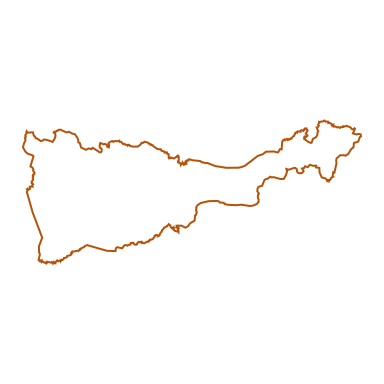 Bueng Sam Phan, Phetchabun, Thailand (Mercator projection)
{"feature_id": "78962969B41287674230376", "entity_name": "Bueng Sam Phan", "entity_type": "district", "adm_level": 2, "iso_a3": "THA", "parent_name": "Thailand", "parent_adm1": "Phetchabun", "projection": "mercator", "projection_center": [101.036, 15.826], "detail": "fine", "context": "isolated", "style": "outline", "palette": "amber", "viewbox_px": 384, "rotation_deg": 0, "n_neighbors": 0, "source": "geoboundaries", "source_scale": "gbopen_adm2", "svg_char_len": 5980}
<svg xmlns="http://www.w3.org/2000/svg" viewBox="0 0 384 384"><path d="M355.0,128.7L354.6,128.3L353.7,129.2L352.2,129.3L349.8,126.9L347.8,126.5L346.7,125.8L344.9,126.4L343.3,126.2L343.3,127.0L340.6,127.2L340.0,127.9L338.4,127.1L337.3,127.5L335.7,126.6L333.8,126.6L333.7,126.0L332.8,126.1L333.0,125.3L332.5,125.7L332.4,124.6L331.7,124.8L331.0,123.6L329.7,122.9L328.5,123.0L328.7,122.5L327.9,121.5L325.7,121.7L324.5,120.5L322.5,121.6L321.3,121.5L319.8,122.2L319.0,121.9L319.0,123.2L318.2,124.3L318.3,125.4L318.8,125.7L317.6,127.4L316.7,127.5L318.2,131.2L317.6,132.2L317.3,135.0L316.3,136.9L312.9,138.9L311.6,142.7L310.8,142.9L308.5,142.0L304.1,138.9L304.1,138.2L304.6,138.4L305.0,137.9L304.6,136.5L305.1,136.3L305.9,137.1L307.5,135.8L307.4,135.2L305.7,133.7L307.6,130.4L306.2,128.9L306.4,128.5L305.4,128.3L304.7,128.6L304.5,129.7L303.7,129.8L303.4,130.9L301.3,130.2L300.3,131.0L300.4,131.8L297.8,131.3L297.0,131.8L297.0,132.6L296.4,132.3L295.2,132.9L295.1,134.0L294.6,134.3L294.1,135.9L292.9,136.5L291.6,138.4L290.8,138.4L290.6,139.2L289.2,139.1L289.2,139.5L287.7,140.0L287.4,139.1L286.9,138.9L285.8,139.6L284.8,139.4L284.6,140.4L283.3,140.0L282.2,141.6L281.6,149.4L279.9,149.2L278.2,152.2L276.5,152.3L274.2,151.5L266.0,151.7L262.8,154.2L257.8,155.9L245.2,165.6L242.0,166.9L238.6,167.7L226.3,167.8L215.4,166.1L207.1,162.9L205.5,163.2L202.7,162.2L202.1,162.5L200.2,161.0L192.7,160.3L189.1,159.2L188.4,160.5L187.2,160.2L186.7,161.3L185.9,161.0L185.5,161.4L185.6,162.0L186.4,162.1L186.5,163.8L185.0,164.4L184.4,163.6L183.8,164.5L182.6,162.5L182.1,164.0L181.1,164.2L180.8,164.8L180.4,163.2L178.1,162.5L178.0,161.3L178.7,161.1L178.7,156.3L177.9,155.5L177.3,155.9L176.8,157.0L175.9,157.1L174.0,158.5L170.8,157.5L170.5,158.2L168.8,158.3L168.6,154.2L167.0,153.6L166.9,152.4L164.6,152.6L164.6,151.7L161.3,150.6L161.0,149.4L157.6,149.1L153.4,146.3L152.7,145.2L150.7,145.0L150.5,144.0L148.7,143.7L148.4,142.8L144.4,141.7L143.2,142.9L141.5,142.8L140.6,144.5L137.8,146.6L133.0,146.6L129.8,145.9L129.4,145.0L128.5,144.7L127.8,145.4L127.7,144.9L125.7,144.9L124.5,143.8L123.8,144.3L122.9,143.8L121.1,141.8L119.5,141.8L119.2,140.7L117.6,141.2L114.4,141.1L113.4,141.9L112.2,141.0L109.6,142.2L108.4,143.4L109.2,145.3L108.8,147.4L107.3,146.8L106.9,145.1L105.2,143.9L103.5,144.3L100.4,143.0L100.0,143.3L99.6,146.1L100.0,147.7L101.5,148.7L101.8,150.7L101.0,152.2L99.8,152.4L92.9,147.9L92.4,147.9L91.5,149.2L88.7,148.4L85.9,149.8L81.1,147.5L79.8,143.0L78.3,142.3L78.3,140.3L77.4,137.8L74.9,134.2L71.7,133.4L69.3,131.8L66.3,132.4L60.3,129.6L58.9,129.8L57.9,130.6L57.4,130.4L56.1,131.6L55.1,131.5L54.6,132.2L53.8,132.1L53.7,132.6L54.8,132.8L55.2,133.7L55.5,136.1L54.5,139.0L52.6,141.9L47.0,139.9L43.8,139.5L42.8,140.5L40.8,141.1L37.2,138.5L35.6,138.2L35.1,136.6L33.8,135.7L32.9,132.3L28.2,132.6L27.0,132.3L26.7,131.4L26.3,132.2L26.6,133.4L25.3,135.2L25.8,136.7L25.0,137.5L25.1,138.8L25.5,139.1L25.4,140.6L24.0,143.3L23.0,147.4L25.5,151.8L27.8,153.7L32.9,155.5L33.5,156.2L30.4,166.4L32.5,167.6L33.5,169.8L33.1,170.5L33.5,171.5L34.5,172.6L34.3,174.2L33.3,174.4L32.8,175.5L33.2,175.8L32.9,176.6L33.2,176.9L32.6,178.1L33.1,178.9L33.0,180.0L31.6,181.6L32.0,182.6L31.7,183.1L33.1,184.3L32.1,185.5L32.6,186.6L29.8,186.7L30.0,188.8L28.5,189.7L27.9,189.0L27.7,189.6L27.1,189.5L27.4,190.1L26.9,192.2L32.7,212.6L42.2,237.7L38.9,246.5L39.1,252.4L39.9,254.2L38.6,260.1L39.5,260.9L40.0,260.7L40.2,261.2L40.9,260.6L41.5,261.8L42.0,260.9L42.3,261.8L43.2,261.7L44.3,262.7L45.1,262.5L46.3,263.5L46.9,262.8L46.5,262.1L47.1,261.6L50.6,262.6L51.8,262.4L52.4,263.1L52.4,262.3L53.0,262.6L53.5,262.0L54.2,263.2L55.3,263.3L55.0,262.1L56.5,261.6L56.7,260.9L57.1,261.1L57.6,260.5L58.7,261.2L60.7,260.0L60.8,261.1L61.7,259.9L62.5,260.0L63.6,259.0L63.9,258.0L65.8,257.7L67.0,256.9L67.2,256.0L70.5,255.1L71.3,254.5L71.6,253.9L71.2,253.3L71.7,253.1L71.4,252.6L72.3,251.4L73.1,251.7L77.5,250.7L78.4,251.1L78.8,250.3L79.9,249.9L79.8,249.1L80.5,248.6L80.9,248.8L82.6,247.5L83.9,247.3L84.7,246.2L87.1,245.1L106.9,250.8L115.5,251.1L115.9,248.2L117.2,247.2L122.2,248.3L124.3,245.4L126.2,245.1L127.6,245.7L128.2,245.0L130.5,244.5L130.8,243.0L133.4,242.8L134.1,244.2L135.5,244.8L137.0,244.4L137.0,243.5L138.8,241.8L139.9,242.3L141.4,241.7L141.6,242.7L142.2,242.4L142.6,243.1L144.6,243.2L146.5,241.8L148.2,241.8L148.6,240.9L149.3,241.0L149.8,239.7L150.7,239.9L151.3,239.4L152.6,239.2L154.7,236.5L154.5,236.0L156.0,234.9L157.8,235.3L157.7,236.3L159.4,235.5L160.7,232.4L161.8,231.7L162.0,230.2L163.4,229.1L163.7,228.1L164.4,227.8L164.4,227.4L167.0,226.4L167.0,225.9L167.7,225.7L168.7,224.1L170.3,225.4L170.8,227.3L172.0,227.6L172.0,228.1L172.9,228.1L173.6,227.3L173.8,228.9L173.2,229.3L175.1,231.0L177.0,231.5L177.7,231.2L178.5,232.1L178.5,230.8L177.8,229.7L178.7,228.5L177.1,227.8L177.9,227.7L178.3,226.4L176.8,226.7L176.6,225.7L181.5,225.7L185.3,227.7L188.1,226.1L190.1,223.3L194.6,220.6L195.1,215.4L196.0,214.9L196.8,211.9L196.0,210.2L196.4,209.1L196.1,207.8L197.4,205.2L200.8,203.0L208.5,201.2L217.0,200.9L218.5,201.2L220.1,202.6L222.5,202.6L224.5,203.3L224.6,204.0L227.8,204.8L236.3,205.2L241.2,204.7L249.9,206.0L253.0,205.6L256.8,204.0L258.6,201.8L258.6,199.8L257.8,197.1L258.0,195.2L258.9,193.6L257.3,191.2L257.6,188.4L258.5,186.8L262.1,185.8L264.3,180.3L265.7,179.1L267.9,178.6L270.1,176.7L271.9,177.5L273.4,177.1L280.4,179.0L283.8,178.9L286.0,174.9L287.1,171.3L286.4,169.0L288.9,169.7L294.1,167.9L295.4,168.0L296.6,169.0L297.5,172.5L299.8,173.4L301.7,173.1L303.4,171.6L303.5,170.8L302.0,168.5L304.1,168.0L305.0,166.3L307.8,167.1L309.9,164.8L313.6,165.9L315.8,165.5L316.2,165.8L316.1,167.4L319.3,167.9L319.6,172.6L321.8,177.5L324.8,178.1L327.2,180.0L327.2,181.2L328.8,181.5L328.8,179.9L330.5,179.7L331.0,177.9L333.2,176.7L332.6,176.1L333.3,172.2L334.4,172.6L336.5,163.2L336.2,160.9L336.5,158.5L340.1,155.3L343.7,155.2L345.7,155.7L346.5,154.8L348.0,154.3L351.2,149.1L353.5,147.3L353.9,143.0L358.2,141.6L359.8,137.2L361.0,136.3L360.6,134.3L358.1,133.9L356.6,134.5L352.9,133.4L355.0,128.7Z" fill="none" stroke="#b45309" stroke-width="2"/></svg>